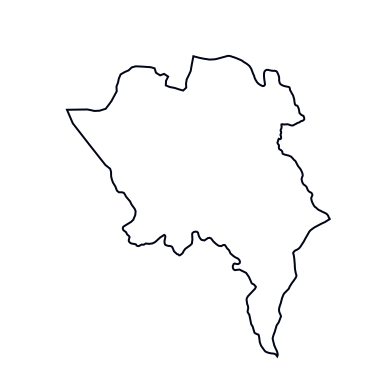 Sherzhong, Geylegphug, Bhutan, rotated 103°
{"feature_id": "84629894B44966098423273", "entity_name": "Sherzhong", "entity_type": "district", "adm_level": 2, "iso_a3": "BTN", "parent_name": "Bhutan", "parent_adm1": "Geylegphug", "projection": "mercator", "projection_center": [90.569, 26.924], "detail": "fine", "context": "isolated", "style": "outline", "palette": "ink", "viewbox_px": 384, "rotation_deg": 103, "n_neighbors": 0, "source": "geoboundaries", "source_scale": "gbopen_adm2", "svg_char_len": 5858}
<svg xmlns="http://www.w3.org/2000/svg" viewBox="0 0 384 384"><g transform="rotate(103 192 192)"><path d="M140.0,332.3L151.9,323.6L168.6,303.1L185.2,282.4L187.7,277.1L188.9,276.3L190.6,275.4L195.0,274.3L198.0,272.8L200.6,271.1L204.0,267.8L207.5,265.5L208.7,263.3L208.0,259.7L208.3,258.0L211.6,254.9L215.1,250.2L217.8,248.1L220.3,245.2L221.4,244.0L223.4,242.6L227.4,242.1L231.1,242.8L232.2,242.9L234.8,244.6L240.9,250.8L241.6,251.2L242.8,251.3L243.6,251.0L244.5,250.4L245.1,249.3L245.5,248.3L246.0,247.2L247.9,245.7L249.1,243.5L249.9,242.7L253.1,242.8L254.0,242.5L255.0,241.6L255.8,239.7L255.6,235.5L255.7,234.8L256.6,234.0L256.8,233.1L256.7,231.7L254.6,229.3L254.2,227.1L252.6,225.5L252.2,222.1L250.9,218.8L249.0,216.6L243.4,212.7L240.1,209.5L240.3,208.7L240.8,208.2L241.8,207.9L244.0,207.8L245.5,207.8L247.2,207.5L248.2,207.1L249.3,206.3L249.6,205.6L249.8,204.1L249.8,202.8L249.5,201.0L249.8,199.4L250.3,198.7L253.9,196.1L255.9,192.6L255.9,191.4L256.6,190.2L256.3,189.5L255.0,188.3L253.7,187.4L251.3,186.8L248.8,185.7L244.3,181.7L242.3,180.5L238.3,180.9L233.0,182.4L231.9,182.3L230.7,181.4L230.0,180.2L229.6,178.3L230.3,177.0L232.9,175.7L234.5,174.5L236.1,172.7L236.5,171.8L236.4,169.0L233.4,166.2L232.7,164.7L232.8,163.7L233.0,162.9L235.4,160.0L237.3,156.7L238.4,153.9L238.2,151.4L236.7,149.7L236.3,148.8L236.4,147.8L239.1,145.0L240.4,142.8L243.2,140.7L245.0,137.4L245.9,135.1L246.6,132.0L248.0,130.2L249.4,129.5L250.7,129.6L251.7,130.6L252.1,131.7L252.1,134.3L252.8,135.2L255.0,135.6L256.7,135.1L258.0,134.1L258.5,132.6L256.9,128.3L258.6,121.1L262.0,117.4L267.6,113.2L268.3,110.6L270.0,108.4L272.0,108.8L281.1,114.1L283.4,114.7L284.7,114.6L288.6,113.1L290.6,111.8L292.5,111.1L295.6,111.0L296.7,110.6L298.8,108.5L307.4,104.6L308.5,103.6L309.2,102.8L315.1,99.4L315.5,98.5L315.8,96.9L316.0,96.0L316.0,95.2L317.2,94.4L319.7,93.4L321.9,92.6L322.7,92.3L323.5,91.9L324.3,91.4L325.7,90.5L326.6,89.7L329.2,86.8L330.1,85.8L330.9,84.6L331.1,83.7L331.4,82.3L331.5,79.4L331.1,76.0L331.1,75.1L331.4,73.9L333.0,72.0L331.7,71.8L330.8,72.0L329.9,72.4L329.0,72.9L328.1,73.4L327.3,74.0L325.0,75.8L323.4,77.0L322.6,77.5L317.3,80.2L316.4,80.5L315.4,80.5L313.4,80.4L311.5,80.2L309.5,79.9L303.6,79.6L302.6,79.4L300.8,78.7L299.9,78.3L298.9,78.1L296.0,77.7L294.0,77.4L293.0,77.3L291.4,78.4L289.8,79.6L289.0,80.1L288.0,80.5L287.1,80.7L286.1,80.9L285.1,80.9L284.1,80.9L280.2,80.5L276.3,80.4L275.3,80.4L273.3,80.1L271.4,79.8L270.4,79.5L269.5,79.0L268.7,78.5L264.5,75.9L262.5,75.6L260.7,75.0L258.8,74.4L255.2,72.8L253.3,72.1L252.4,71.7L251.4,71.5L250.4,71.4L249.5,71.6L247.8,72.6L246.0,73.4L244.2,74.2L243.2,74.5L242.3,74.8L239.4,75.6L236.6,76.5L233.8,77.4L231.0,78.5L230.1,78.9L229.3,79.5L228.4,79.7L227.5,79.3L226.6,78.9L225.8,78.3L224.6,76.7L223.9,76.0L223.2,75.3L222.4,74.8L221.5,74.3L219.7,73.6L215.0,71.9L211.2,70.9L207.4,69.7L204.6,68.9L203.7,68.5L202.8,68.0L202.0,67.4L200.5,66.1L199.0,64.8L198.4,64.1L196.4,61.8L193.8,58.8L191.4,55.7L190.7,55.0L188.6,52.9L188.1,52.3L187.3,51.7L186.7,52.2L186.3,52.8L184.8,53.8L184.2,54.3L183.4,55.3L182.8,56.5L182.6,57.3L182.4,58.2L182.2,59.1L181.8,61.1L181.5,62.0L181.2,63.2L181.1,64.2L180.4,65.8L179.2,67.8L178.9,68.8L178.1,69.9L176.5,71.3L175.7,72.0L173.5,73.5L172.4,74.0L171.2,74.4L170.4,74.5L169.5,74.2L167.8,74.0L166.9,74.5L166.1,75.3L165.8,76.0L165.4,77.6L165.0,78.5L164.3,79.3L163.4,80.1L161.7,81.2L161.1,81.8L160.5,82.7L160.1,83.5L159.7,84.6L159.0,85.6L157.7,86.7L155.6,87.8L154.6,88.2L153.8,88.1L153.0,88.1L151.4,87.8L150.7,87.9L149.7,88.3L148.8,88.7L146.2,90.6L144.9,91.9L143.7,93.5L142.8,94.5L142.0,95.3L139.1,97.7L138.3,98.6L137.8,99.8L136.2,101.9L135.3,103.4L134.8,105.7L134.7,110.1L134.4,112.1L133.6,112.7L132.2,113.2L131.2,114.5L130.9,115.8L130.5,116.7L129.4,117.3L128.7,117.5L127.6,117.6L126.9,117.8L125.5,119.4L124.8,119.8L123.6,119.8L122.7,119.6L121.5,119.7L120.6,119.4L120.7,118.1L120.2,117.5L119.5,117.3L118.2,117.6L116.3,118.7L114.9,118.4L113.5,118.6L112.7,119.2L111.8,119.6L109.8,119.2L108.1,119.4L106.8,119.9L106.0,120.0L105.6,119.0L105.5,117.3L104.9,115.6L104.5,114.0L104.5,113.0L104.8,111.1L104.7,109.4L104.5,108.7L103.6,107.6L103.0,107.0L102.1,105.8L101.3,105.1L100.5,103.9L99.9,102.9L98.7,102.0L97.6,100.1L96.5,99.2L95.8,99.0L94.4,99.4L92.7,100.6L92.5,102.1L92.2,102.9L90.9,105.0L89.2,105.7L87.6,106.4L86.9,106.7L85.3,107.8L84.6,108.4L84.2,109.1L84.2,110.1L83.8,111.0L83.0,111.6L82.1,112.0L81.2,112.4L78.4,113.4L76.7,114.4L75.8,114.9L75.0,115.4L74.3,116.1L70.6,119.4L68.8,120.1L68.1,120.7L67.9,121.7L68.0,123.7L68.0,125.7L67.9,126.7L67.8,127.7L67.5,128.6L67.2,129.6L66.7,130.4L66.0,131.1L64.2,132.0L63.3,132.3L62.3,132.5L61.3,132.7L60.4,133.1L59.5,133.5L58.7,134.0L57.9,134.6L57.1,135.2L56.3,135.8L55.6,136.5L55.3,137.4L55.3,138.9L55.7,140.1L55.9,142.1L55.9,143.1L55.9,145.1L56.0,146.1L56.3,147.0L57.0,147.7L57.8,148.2L58.8,148.5L59.7,148.5L60.7,148.4L61.7,148.2L63.6,147.7L65.5,147.1L70.1,145.3L71.0,145.1L72.0,145.4L72.6,146.1L72.9,147.1L72.7,148.0L72.2,149.9L71.8,150.9L71.4,151.8L70.9,152.6L70.3,153.4L68.9,154.8L68.2,155.5L67.4,156.1L66.6,156.7L65.7,157.2L64.9,157.6L62.5,159.4L59.2,161.6L58.4,162.2L57.7,162.9L56.4,164.3L55.4,166.1L54.6,167.9L53.7,170.7L53.3,171.6L52.9,172.5L52.6,173.4L51.7,178.3L51.3,181.3L51.2,183.3L51.0,184.2L51.0,185.2L51.0,186.2L51.2,187.2L51.5,188.1L52.5,189.9L55.3,195.1L56.2,196.8L57.1,198.6L57.5,199.5L57.8,200.5L58.1,201.4L58.9,204.3L59.1,205.4L59.2,207.3L59.4,209.3L59.5,211.3L59.6,215.3L59.4,221.2L69.4,220.8L74.4,220.5L78.9,221.4L83.6,222.5L87.7,222.2L91.6,221.1L95.1,223.4L94.9,228.1L94.5,232.3L94.7,237.4L94.0,241.5L89.5,242.3L84.9,241.2L83.2,245.8L85.5,249.3L83.9,253.9L79.9,256.3L79.7,260.5L81.3,270.3L82.2,275.1L84.2,278.8L87.8,281.2L90.3,284.6L93.5,288.0L98.0,288.8L102.0,288.7L106.3,289.3L110.8,288.0L121.4,290.9L125.9,292.8L130.3,294.8L133.6,300.4L135.0,305.4L135.0,309.0L135.1,311.7L135.2,312.8L140.0,332.3Z" fill="none" stroke="#020617" stroke-width="2"/></g></svg>